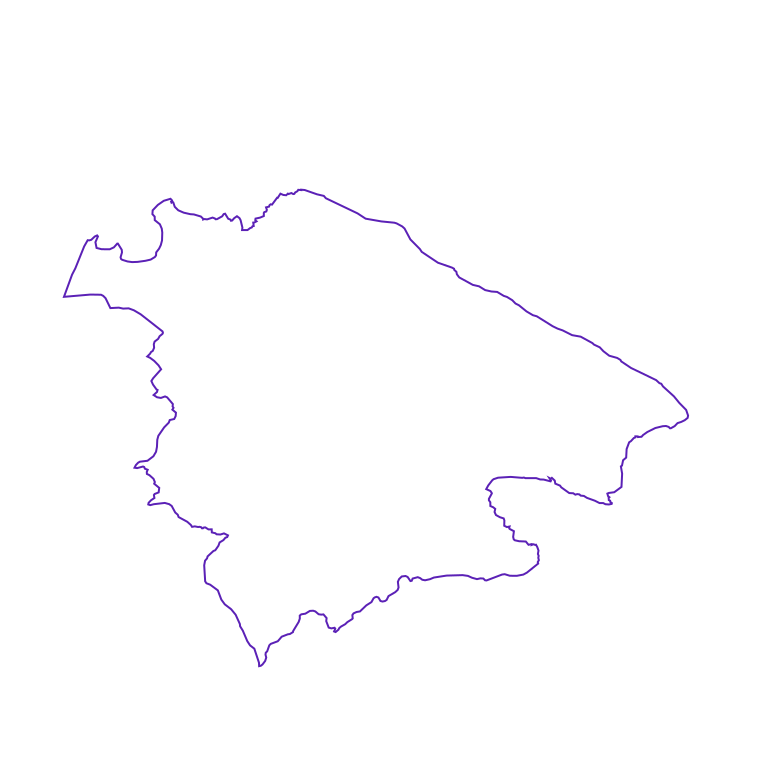 the district of Mahajanga II, Boeny, Madagascar, rotated 74°
{"feature_id": "10022922B51504984909978", "entity_name": "Mahajanga II", "entity_type": "district", "adm_level": 2, "iso_a3": "MDG", "parent_name": "Madagascar", "parent_adm1": "Boeny", "projection": "equal_earth", "projection_center": [46.72, -15.594], "detail": "fine", "context": "isolated", "style": "outline", "palette": "violet", "viewbox_px": 768, "rotation_deg": 74, "n_neighbors": 0, "source": "geoboundaries", "source_scale": "gbopen_adm2", "svg_char_len": 6165}
<svg xmlns="http://www.w3.org/2000/svg" viewBox="0 0 768 768"><g transform="rotate(74 384 384)"><path d="M182.2,479.1L183.3,482.3L185.0,484.9L184.9,486.1L183.6,486.3L182.2,488.2L176.5,489.8L176.5,491.3L178.2,493.3L179.5,499.1L179.2,500.5L178.3,500.9L176.8,502.9L177.0,508.6L175.9,511.3L176.0,512.5L175.3,512.3L172.5,513.9L168.6,520.0L167.4,523.3L164.1,529.3L160.3,533.9L156.0,536.3L151.4,536.5L150.7,537.0L151.1,538.3L150.1,538.4L149.8,537.2L149.2,537.1L147.1,538.2L147.2,545.2L149.5,552.0L153.3,558.5L156.9,559.8L159.9,558.3L163.3,559.2L168.7,555.4L173.4,554.8L177.3,555.4L184.8,557.8L189.0,560.3L191.9,562.9L194.7,566.7L197.6,567.7L198.8,569.3L200.1,574.0L199.8,579.4L198.7,587.2L197.4,592.5L195.5,596.8L192.4,601.5L191.3,602.3L189.6,602.3L185.3,599.6L182.7,599.1L175.7,601.1L175.5,601.7L178.2,606.0L178.9,610.5L176.6,618.3L174.0,622.8L168.1,622.3L163.3,618.3L162.1,618.8L162.5,621.4L164.7,625.6L164.7,627.7L164.1,629.2L169.1,634.3L187.7,648.8L192.9,653.7L212.0,667.6L217.1,641.6L220.2,631.4L221.9,629.6L224.8,628.0L235.6,626.1L237.5,617.9L239.6,614.0L240.9,608.6L244.2,604.1L249.9,598.7L272.4,582.4L273.9,582.4L274.8,583.2L276.2,586.5L278.4,588.7L280.0,592.8L282.3,594.3L285.8,595.0L288.4,597.1L289.1,599.2L290.4,600.5L292.3,604.0L294.4,601.6L298.5,598.5L303.9,595.6L308.4,594.2L314.8,604.3L317.0,606.8L320.9,606.2L326.5,604.2L327.3,603.3L329.1,604.4L331.1,608.5L334.2,605.8L335.9,602.3L335.6,597.9L337.1,596.1L345.1,592.5L347.3,593.4L348.9,592.9L350.3,594.5L354.2,591.9L357.4,593.1L359.8,595.3L359.6,599.9L361.8,601.5L365.1,607.3L371.6,615.2L375.1,617.3L381.9,619.6L386.3,621.8L389.9,625.6L392.6,632.5L391.4,640.1L391.9,642.1L393.5,644.8L395.7,646.9L396.8,644.5L396.9,638.4L397.7,637.4L399.5,637.2L401.3,634.8L403.2,636.3L405.1,636.7L407.0,634.6L411.6,631.7L415.1,631.3L416.5,632.4L421.9,628.7L426.1,630.5L426.5,634.8L427.3,635.8L430.3,636.1L431.5,639.9L433.3,643.0L434.8,643.8L436.0,642.1L436.1,638.4L437.9,627.5L440.3,623.6L442.7,621.7L450.0,620.1L452.8,618.3L455.3,618.1L462.2,611.1L466.3,608.5L468.4,607.9L468.7,605.1L470.2,602.2L470.5,600.5L471.5,599.0L472.5,598.8L472.8,597.9L472.3,596.6L472.6,595.3L475.4,592.8L476.2,589.7L479.2,590.4L481.0,587.2L482.3,586.4L483.6,582.7L483.5,579.0L486.5,575.7L487.9,576.9L488.1,578.9L489.8,581.4L491.0,585.7L493.8,587.7L497.3,592.0L497.5,594.0L501.1,601.1L502.9,602.2L504.5,604.7L508.7,606.8L524.4,610.3L526.6,609.6L529.0,606.4L536.6,600.6L546.4,599.8L551.9,597.8L558.4,593.0L564.9,590.2L575.0,588.7L577.2,589.1L582.2,587.7L593.4,586.3L598.3,584.8L602.7,581.6L617.5,581.0L620.8,581.8L620.9,580.1L620.1,578.1L617.5,574.6L614.5,572.6L611.5,572.5L609.7,571.7L608.8,570.0L603.6,566.3L602.6,564.5L602.0,557.0L598.7,552.0L598.1,545.4L598.4,543.4L597.4,539.9L596.4,539.4L589.2,531.6L586.3,529.6L583.4,528.8L582.6,527.0L583.1,522.9L581.7,517.8L582.4,514.6L583.7,512.7L587.3,510.3L588.4,507.9L588.8,505.7L593.2,503.7L596.0,504.9L602.9,504.3L604.4,502.0L604.7,498.7L605.8,498.3L608.1,500.2L609.1,498.9L607.6,495.5L606.3,494.3L605.3,492.1L604.2,487.5L602.8,484.9L601.2,479.4L600.7,478.7L597.4,478.1L596.1,476.5L595.6,473.2L596.0,469.8L591.9,462.0L590.2,456.2L587.1,453.1L586.6,451.8L586.5,449.9L587.7,448.2L591.6,447.2L592.7,445.4L592.9,442.9L592.3,441.0L589.1,438.1L587.2,430.6L585.7,427.6L583.6,426.1L578.0,425.2L575.7,423.3L573.9,420.0L574.5,416.2L576.0,414.5L580.7,412.9L580.8,411.6L578.9,410.1L579.0,404.8L580.6,402.7L582.7,401.2L584.0,398.6L584.3,393.6L583.8,389.4L585.4,376.7L589.4,361.1L591.6,356.2L594.5,352.8L597.2,348.4L597.4,344.9L598.4,342.1L600.5,341.0L601.1,339.6L599.7,323.0L600.1,320.4L603.0,315.9L605.0,309.2L605.6,302.6L604.7,298.6L599.1,285.3L597.6,285.3L596.0,283.7L593.6,283.6L591.8,282.7L589.8,282.9L586.7,281.4L583.0,281.6L580.4,282.2L580.4,283.0L579.3,284.4L579.4,286.0L578.9,285.6L578.6,286.1L578.4,289.4L574.5,291.1L572.4,297.4L570.3,301.3L569.1,302.1L566.6,302.0L561.3,299.7L557.9,303.2L556.9,303.4L555.6,302.6L555.4,305.3L553.4,307.5L548.3,305.9L546.2,306.0L544.0,309.3L540.8,312.5L537.5,313.0L534.7,311.5L532.6,313.0L530.6,315.4L527.0,314.4L524.7,315.2L523.3,314.8L518.9,310.5L518.3,310.5L516.2,311.2L513.2,314.7L510.2,311.7L506.4,306.5L505.7,304.9L505.5,300.2L508.2,287.9L512.3,277.0L512.5,275.3L513.5,274.0L516.4,263.7L518.8,260.2L519.9,256.8L523.5,250.7L522.9,250.1L519.9,251.0L521.1,249.7L520.5,248.5L523.9,246.5L527.0,246.8L530.2,242.8L532.2,242.1L539.9,236.0L541.2,232.2L543.1,230.6L543.1,228.6L544.0,226.6L545.5,225.7L546.7,222.7L549.4,220.3L554.3,213.5L557.9,209.6L558.9,206.1L560.6,204.3L561.8,201.0L562.0,198.2L561.3,197.8L559.7,199.0L558.5,198.8L557.6,199.9L555.2,199.4L554.9,198.6L553.6,199.5L550.9,199.5L550.7,197.9L551.5,192.5L548.4,184.1L535.8,179.8L528.5,179.0L528.0,177.7L523.2,175.2L521.5,171.5L513.4,168.7L507.6,164.4L507.0,162.4L504.8,158.8L504.6,157.1L503.6,156.8L504.3,154.5L505.0,154.5L505.7,151.0L504.4,148.9L502.7,144.0L501.1,135.3L501.4,127.7L502.1,124.5L503.7,122.2L505.4,121.3L505.6,120.4L504.6,116.2L502.5,112.6L502.4,108.9L501.7,104.9L500.3,101.5L498.2,100.4L492.2,100.7L483.5,105.4L475.8,108.7L463.2,116.5L460.2,117.4L459.1,119.0L455.3,121.3L436.7,142.1L427.7,149.7L426.0,150.1L423.2,152.7L418.9,159.7L412.9,164.1L408.2,166.5L404.0,171.3L402.1,172.4L392.7,181.9L388.9,189.7L381.7,197.5L378.6,201.9L374.9,206.0L361.0,218.5L358.9,221.9L353.5,227.0L345.5,232.6L342.9,235.4L338.8,237.6L334.2,241.8L332.3,244.6L326.7,249.8L324.7,255.2L321.6,260.9L316.3,265.7L313.2,271.3L302.3,282.3L298.6,283.7L296.1,283.5L293.7,285.0L292.5,284.9L290.9,286.5L282.3,298.7L267.4,311.3L264.2,312.3L252.3,318.8L240.2,321.4L237.5,323.1L233.1,327.6L231.8,329.6L227.0,341.7L220.0,356.1L212.7,362.4L189.4,388.7L186.6,390.0L183.2,396.1L175.7,406.7L174.4,410.0L174.8,410.1L173.7,412.9L174.8,414.1L175.4,416.6L176.5,417.8L176.4,418.9L174.9,420.4L175.1,423.4L174.5,423.9L175.6,426.0L174.5,428.7L172.5,431.1L175.8,434.9L175.5,435.4L180.7,442.2L180.0,443.5L180.6,444.8L181.8,445.6L181.7,448.7L184.3,448.6L185.7,449.6L185.8,451.7L186.5,452.4L189.4,453.2L189.9,457.2L189.6,461.9L191.1,462.6L192.5,461.7L193.0,464.1L192.8,465.2L196.2,465.7L196.1,466.9L197.1,468.0L197.2,469.6L198.4,472.8L196.9,478.0L194.6,477.0L187.0,476.7L184.7,477.2L182.2,479.1Z" fill="none" stroke="#5b21b6" stroke-width="2"/></g></svg>